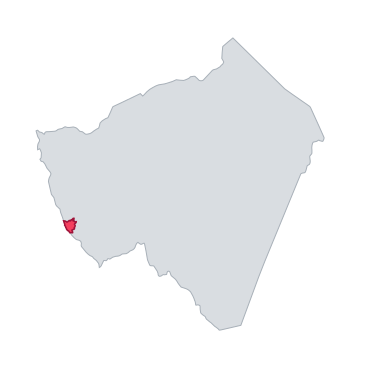 Algeria, with Chlef highlighted, rotated 257°
{"feature_id": "DZA-2200", "entity_name": "Chlef", "entity_type": "Province", "adm_level": 1, "iso_a3": "DZA", "parent_name": "Algeria", "parent_adm1": "", "projection": "mercator", "projection_center": [1.303, 36.195], "detail": "fine", "context": "in_parent", "style": "filled", "palette": "rose", "viewbox_px": 384, "rotation_deg": 257, "n_neighbors": 0, "source": "natural_earth", "source_scale": "10m", "svg_char_len": 5077}
<svg xmlns="http://www.w3.org/2000/svg" viewBox="0 0 384 384"><g transform="rotate(257 192 192)"><path d="M286.6,53.8L286.9,54.7L286.9,55.5L285.7,56.3L284.8,56.8L283.8,59.0L281.9,60.5L281.6,60.9L281.6,61.3L282.9,62.0L283.3,62.6L283.5,63.5L282.9,66.5L282.1,71.9L282.1,73.0L282.6,74.4L283.1,75.5L283.2,76.7L283.1,79.7L283.7,81.4L284.1,83.0L283.0,85.0L282.5,86.8L282.2,89.3L282.1,90.9L281.4,92.3L280.4,93.7L279.4,94.5L278.1,95.3L276.5,96.2L275.3,98.8L272.7,100.9L272.1,101.7L271.9,103.4L271.9,105.8L272.4,107.6L273.7,110.4L274.8,113.5L275.1,115.0L275.5,115.6L277.1,116.6L279.8,117.9L280.3,118.5L281.6,120.6L282.9,124.3L283.3,126.8L288.1,130.5L292.6,133.8L293.0,134.4L295.4,145.6L296.3,149.5L299.5,163.8L298.1,164.6L296.6,165.6L297.7,167.5L299.8,170.6L301.1,173.1L301.6,174.2L302.6,177.3L303.4,180.3L303.6,181.3L303.9,183.6L303.5,189.9L304.1,197.9L304.9,201.9L303.6,205.5L302.6,208.9L302.7,210.6L303.2,213.3L303.8,215.3L304.6,216.3L304.4,219.6L304.1,220.8L301.7,222.5L299.1,224.1L298.4,225.5L298.2,227.0L298.5,228.2L306.0,239.3L306.3,240.4L306.4,243.6L307.7,247.5L309.0,249.2L309.5,250.5L310.5,251.4L311.4,252.1L312.0,252.1L315.4,251.1L321.2,252.8L326.6,254.6L327.0,255.0L330.1,260.9L332.9,266.5L271.7,305.5L265.0,311.4L249.2,325.7L248.0,326.4L227.3,330.6L216.5,332.7L216.0,332.8L215.4,332.9L214.9,332.8L214.0,332.5L212.9,331.6L212.2,331.2L212.0,330.5L212.4,329.6L212.9,328.8L213.1,328.2L213.5,327.7L214.0,327.3L214.0,326.7L213.6,325.8L213.3,324.6L213.3,322.3L213.3,321.3L212.3,320.4L210.4,319.4L208.7,318.8L207.9,318.6L206.0,318.3L203.4,317.7L202.4,317.3L200.7,315.1L199.9,314.6L195.9,314.2L194.6,313.9L193.5,313.4L192.6,312.7L192.1,311.5L191.9,310.6L191.6,310.1L187.2,307.8L186.1,307.0L185.5,306.3L185.5,305.2L185.6,303.9L185.4,302.7L185.2,302.1L108.0,247.3L103.8,244.4L94.3,237.9L51.1,209.6L51.1,189.0L51.2,187.9L51.4,187.4L52.8,186.7L55.0,184.9L55.8,184.1L56.8,183.4L60.5,181.0L61.2,180.3L64.7,177.6L65.6,177.2L67.5,176.9L68.2,176.4L69.3,175.3L70.9,174.1L71.9,173.5L72.1,173.4L72.8,173.3L76.1,173.6L77.4,173.9L79.1,174.2L79.6,174.0L80.0,173.6L80.6,172.7L80.8,171.7L80.8,170.8L80.9,170.4L81.2,170.2L81.9,170.3L82.8,170.4L84.8,170.4L85.5,170.2L87.7,170.0L90.8,169.4L95.2,168.1L97.4,166.5L98.9,164.8L100.5,162.2L101.8,160.0L104.4,158.7L106.6,157.8L107.8,157.5L110.6,156.3L115.2,152.9L119.1,152.4L119.6,152.1L120.1,151.5L120.1,150.5L119.5,149.8L118.7,149.4L118.1,149.0L117.6,148.9L117.3,148.4L117.5,147.5L117.5,146.6L117.9,145.8L117.8,144.6L117.2,143.4L117.1,142.5L117.1,141.6L117.4,141.0L118.2,140.5L119.1,140.4L120.4,140.6L122.7,140.3L128.4,138.2L128.8,137.6L129.2,136.1L129.6,134.9L130.2,134.4L130.5,134.3L135.2,133.5L136.2,133.4L144.8,133.9L152.2,134.1L152.9,133.8L152.9,132.9L152.4,131.2L152.7,130.1L153.7,129.1L155.1,128.0L154.4,126.6L153.4,125.7L151.9,124.6L151.1,124.2L149.8,122.9L149.0,121.4L148.4,118.2L147.4,116.4L146.7,114.2L147.3,110.1L146.4,107.7L146.2,106.6L146.2,105.3L146.5,103.2L146.3,100.1L145.1,96.9L145.7,95.9L145.9,95.3L145.9,94.8L144.8,93.8L144.4,93.0L144.6,92.2L145.1,91.0L145.1,90.6L143.4,89.2L140.5,86.9L139.7,85.9L139.3,84.7L142.1,85.0L143.5,84.9L146.8,83.4L149.3,81.4L151.4,80.4L153.1,78.2L154.8,76.8L157.1,75.3L163.8,72.0L164.8,72.0L167.0,72.7L168.9,72.5L170.2,71.4L171.7,68.6L173.9,66.9L176.6,65.3L180.4,63.7L182.9,62.2L186.7,60.9L196.5,60.1L201.6,59.4L205.0,59.5L208.4,57.2L210.2,56.4L217.6,56.2L221.2,54.5L234.5,54.5L236.1,55.1L237.8,56.0L240.5,58.2L241.8,58.7L243.6,58.2L247.7,56.1L252.3,55.0L254.9,53.8L255.9,51.9L258.1,51.2L259.3,52.7L264.1,54.1L267.1,53.7L268.4,53.3L267.9,51.1L271.0,51.7L273.4,52.7L275.9,54.8L277.5,55.2L280.5,54.2L286.6,53.8Z" fill="#d9dde1" stroke="#a8b0b8" stroke-width="1"/><path d="M179.7,64.0L179.9,64.0L180.1,63.9L180.5,63.5L181.4,63.3L181.6,63.1L182.1,62.8L182.2,62.6L182.3,62.5L182.3,62.3L182.4,62.2L182.5,62.0L182.7,61.9L183.3,61.8L183.8,61.4L184.8,61.4L185.1,61.3L185.7,61.0L186.0,61.0L186.6,61.0L186.9,61.0L187.2,60.9L188.0,60.5L188.3,60.4L188.5,60.5L189.1,60.7L189.4,60.8L189.7,60.7L190.3,60.6L192.8,60.4L192.6,61.0L192.5,61.3L192.1,61.9L192.1,62.2L191.8,62.5L190.9,63.2L190.8,63.5L191.0,64.3L191.2,64.6L191.5,65.0L191.4,65.6L191.5,65.8L191.8,65.9L191.8,66.1L191.8,66.5L191.7,66.7L191.6,66.8L191.4,66.8L191.2,67.1L191.3,67.3L191.5,67.6L191.7,67.8L192.0,67.9L192.1,68.0L192.1,68.5L192.2,68.8L192.6,69.7L192.9,70.0L193.0,70.1L193.0,70.3L192.9,70.7L193.0,71.0L192.6,71.1L192.4,71.0L191.9,70.8L191.6,70.6L191.5,70.4L191.4,70.4L191.4,70.2L191.3,69.9L190.9,69.6L190.7,69.6L190.5,69.9L190.3,70.1L190.2,70.6L190.1,70.8L189.4,71.1L189.4,71.3L189.4,71.5L189.0,71.9L188.8,72.0L188.9,72.4L188.4,72.2L188.2,72.1L188.1,71.9L188.0,71.6L187.9,71.5L187.7,71.2L187.3,70.4L187.2,70.3L187.1,70.2L186.9,70.2L185.6,70.6L185.4,70.6L185.2,70.5L184.7,70.2L184.4,70.1L184.2,69.9L184.1,69.7L184.0,69.4L183.9,69.3L183.3,69.2L182.8,69.3L182.6,69.2L182.2,68.6L182.1,68.4L182.2,68.1L182.3,68.0L182.2,67.8L182.0,67.1L181.9,67.0L181.9,66.5L181.8,66.3L181.7,66.3L180.7,66.5L180.1,66.7L179.9,66.7L179.6,66.7L179.2,66.5L179.2,66.2L179.6,64.9L179.7,64.6L179.7,64.3L179.7,64.1L179.7,64.0Z" fill="#f43f5e" stroke="#9f1239" stroke-width="1.5"/></g></svg>